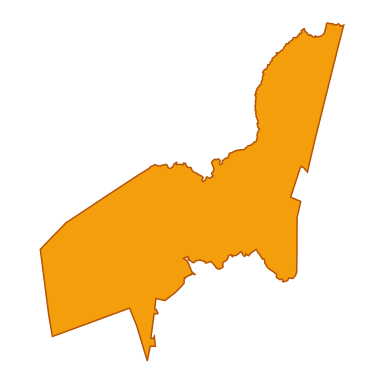 outline of Mainero, Tamaulipas, Mexico
{"feature_id": "50627088B20885387864604", "entity_name": "Mainero", "entity_type": "district", "adm_level": 2, "iso_a3": "MEX", "parent_name": "Mexico", "parent_adm1": "Tamaulipas", "projection": "equal_earth", "projection_center": [-99.511, 24.6], "detail": "fine", "context": "isolated", "style": "filled", "palette": "amber", "viewbox_px": 384, "rotation_deg": 0, "n_neighbors": 0, "source": "geoboundaries", "source_scale": "gbopen_adm2", "svg_char_len": 5943}
<svg xmlns="http://www.w3.org/2000/svg" viewBox="0 0 384 384"><path d="M40.3,249.4L48.7,314.7L52.4,336.5L129.6,308.1L136.8,326.0L147.3,361.0L150.2,346.3L155.4,346.3L154.3,336.3L153.1,338.6L152.0,338.3L150.8,338.4L153.5,318.7L154.0,313.6L155.5,313.9L156.7,313.5L157.4,313.9L157.7,313.7L157.8,312.6L156.0,309.4L154.7,309.6L155.9,298.5L164.9,300.6L175.2,292.6L180.5,287.3L184.1,283.1L184.1,280.2L184.5,278.8L184.4,278.2L184.7,277.9L185.6,278.0L185.9,277.2L186.8,276.6L187.7,276.4L188.4,275.7L189.3,275.3L190.3,275.2L191.4,274.5L191.4,274.2L192.2,273.5L192.8,274.0L193.4,273.8L194.6,274.6L195.0,274.5L191.8,271.7L188.2,262.9L187.0,260.8L185.8,259.7L183.5,258.6L184.4,257.7L186.2,257.2L186.9,257.4L187.7,256.6L188.6,257.8L188.2,259.3L188.5,259.7L189.0,259.1L189.5,260.3L191.0,261.0L192.5,262.4L193.6,262.7L194.7,262.2L196.1,260.3L197.9,260.7L199.6,259.9L204.8,261.6L205.2,262.8L206.4,263.0L211.2,261.4L211.6,262.2L212.5,263.0L214.4,265.3L216.3,267.9L218.4,269.1L220.2,268.8L222.4,267.6L223.2,266.4L222.5,263.4L224.5,261.4L225.7,261.0L226.4,260.0L227.2,259.8L227.8,258.6L228.4,255.9L229.5,255.1L231.4,254.6L232.0,256.5L232.6,256.7L232.8,255.7L236.2,255.5L237.2,254.4L238.2,254.3L239.1,253.0L240.1,252.3L241.5,251.7L242.8,254.7L244.1,256.2L244.9,256.3L245.6,255.3L246.0,253.9L247.2,255.0L248.7,255.7L250.2,253.8L252.9,251.6L256.0,249.5L256.6,249.4L256.9,249.9L257.1,251.1L257.8,252.5L258.9,253.6L261.9,258.3L262.5,259.0L263.7,258.7L264.5,260.1L264.7,262.7L265.1,263.7L265.9,264.5L266.6,266.1L268.4,268.4L269.6,269.4L273.5,271.8L274.7,273.0L276.3,273.7L276.4,274.4L276.4,277.2L277.0,277.9L277.8,278.2L279.9,279.7L280.7,279.5L281.9,279.0L282.5,279.4L282.6,281.4L283.5,281.9L284.6,281.4L285.8,281.2L287.7,280.4L288.6,278.1L293.0,278.4L295.7,275.3L295.8,274.0L296.7,272.6L297.0,246.3L297.0,229.9L297.1,217.4L300.7,201.4L290.7,197.2L300.1,168.2L301.1,166.3L303.4,167.6L304.1,168.2L307.4,172.1L314.8,140.4L338.4,45.8L343.7,25.2L343.3,25.4L342.9,25.4L342.1,25.9L341.0,25.6L340.9,25.9L340.6,26.1L340.2,25.8L339.3,24.3L338.8,23.9L337.6,24.1L336.6,24.8L335.7,24.7L334.5,25.0L333.8,24.8L333.2,23.9L332.2,23.7L331.6,23.9L331.0,23.6L330.0,23.6L329.5,23.3L328.6,23.5L327.5,23.0L327.0,23.1L326.3,24.2L326.2,25.4L326.2,26.7L325.7,27.5L325.7,28.6L325.0,29.7L325.0,30.6L325.2,30.8L325.2,31.2L324.5,32.4L324.2,33.1L323.4,34.3L321.8,35.6L320.5,36.1L319.8,36.7L319.4,36.7L318.9,36.5L317.6,36.8L315.2,35.9L315.0,36.1L315.1,36.9L315.0,37.3L314.3,37.5L313.1,37.0L312.6,36.7L311.4,35.4L310.5,34.8L310.1,34.8L309.4,35.5L308.9,35.4L307.9,34.2L307.0,32.9L306.1,32.2L305.5,31.4L304.7,30.8L304.5,29.0L304.3,28.7L303.8,28.7L303.6,28.8L302.9,29.9L301.6,30.2L301.3,30.5L301.3,31.0L301.6,32.4L301.6,33.0L301.4,33.3L301.2,33.5L299.9,33.3L299.5,33.4L299.3,33.8L299.2,34.7L299.1,35.2L297.7,35.8L297.3,36.6L296.9,37.3L296.2,37.6L293.3,37.7L293.1,38.1L292.9,39.1L292.6,39.6L288.9,42.4L288.2,43.8L287.7,44.0L286.8,43.6L286.3,43.7L285.9,44.3L285.3,45.8L284.1,47.1L283.7,48.0L282.6,50.2L281.0,50.7L279.8,52.0L278.8,52.7L276.9,52.7L276.4,53.0L276.3,53.3L276.4,53.5L277.2,53.6L277.2,54.2L276.2,55.3L275.2,56.1L274.3,57.0L272.9,57.8L272.3,58.4L272.1,58.7L272.0,59.2L272.2,59.9L272.2,60.5L270.6,61.5L270.3,62.2L270.0,63.8L269.8,64.3L269.5,64.7L269.0,64.8L268.3,64.5L268.0,64.6L267.7,65.0L267.5,66.7L266.7,68.7L265.9,68.9L265.1,69.5L264.3,69.8L263.3,71.4L262.9,72.1L262.8,73.0L263.1,73.5L263.8,73.9L263.9,74.4L263.2,75.4L262.5,76.8L262.4,77.4L262.5,79.2L262.4,79.7L261.3,81.5L261.4,82.6L261.2,83.5L260.6,84.4L259.8,85.0L259.2,86.2L257.4,88.1L256.9,89.2L256.9,90.3L256.2,91.0L255.8,92.0L255.8,92.8L256.0,93.6L255.9,94.6L255.7,94.7L255.4,94.2L255.1,94.4L255.1,95.3L255.9,96.9L256.0,97.6L255.5,101.1L255.3,102.0L255.7,103.0L255.7,103.4L255.0,106.3L255.5,108.1L255.2,109.3L255.3,110.7L255.4,110.9L256.0,111.2L256.1,111.4L255.7,113.8L256.3,115.2L256.1,116.6L257.0,118.2L257.1,119.0L257.4,119.4L257.9,120.9L258.0,122.8L258.2,123.1L258.2,123.3L257.9,123.5L257.4,123.1L257.2,123.3L257.2,123.9L257.5,125.4L257.8,126.7L258.3,127.3L258.4,128.0L258.7,128.5L259.3,128.9L259.5,129.2L259.4,129.6L258.4,130.9L257.6,132.6L257.0,135.4L257.4,137.6L256.4,140.1L256.3,141.3L256.1,141.6L255.0,142.1L254.1,142.0L253.3,143.5L252.4,143.8L251.5,144.9L247.8,146.0L246.0,147.9L245.2,148.3L244.5,149.3L243.9,149.7L242.9,149.9L241.8,149.6L238.7,150.2L236.6,150.3L235.5,150.8L235.0,151.2L233.8,151.4L233.3,151.9L232.0,152.6L229.7,153.2L229.1,153.8L228.9,155.3L228.7,156.1L228.0,157.1L227.7,157.7L227.2,158.1L226.2,158.0L225.8,158.1L224.1,159.3L223.7,160.0L222.5,160.5L222.3,160.9L222.4,162.9L222.3,163.2L220.7,164.7L220.2,164.6L219.8,164.2L219.5,163.7L219.5,163.4L220.1,161.4L220.1,160.8L219.7,159.9L219.0,159.3L218.4,159.0L217.5,159.0L216.8,159.5L216.2,159.6L215.6,159.5L214.8,159.2L214.1,159.6L212.1,161.5L211.6,162.4L211.8,163.5L213.3,166.9L214.0,169.3L213.8,170.4L213.2,171.1L212.5,172.6L211.9,172.8L211.6,173.5L211.6,173.8L211.9,174.4L213.2,175.6L213.2,176.1L211.5,177.0L210.1,178.0L209.7,178.1L208.5,177.9L207.4,177.0L206.6,177.0L206.4,177.2L206.1,177.8L205.8,179.2L205.4,180.0L204.5,180.5L203.2,181.6L202.9,181.6L202.5,181.3L201.8,180.3L202.1,179.6L203.1,178.0L203.1,177.7L202.8,177.1L201.3,175.9L199.6,175.0L198.4,174.6L197.4,173.8L197.0,173.3L195.6,173.0L192.4,171.0L192.0,170.4L191.8,169.4L191.0,167.7L190.0,167.4L188.0,167.5L187.6,167.3L187.2,166.8L186.8,166.0L186.0,165.2L185.7,164.2L185.6,163.4L185.4,163.2L184.7,163.7L183.8,163.1L183.5,163.1L183.1,163.6L183.0,164.3L182.8,164.8L182.3,165.0L181.9,165.0L181.2,164.5L180.4,164.4L177.6,164.4L176.5,164.7L176.2,164.3L176.1,163.9L176.3,163.2L176.8,162.5L176.7,162.3L174.2,163.8L173.6,165.0L173.3,166.1L172.9,166.5L171.3,168.0L170.1,168.4L169.2,168.3L168.5,167.9L168.0,167.1L167.4,165.7L166.7,164.7L166.1,164.4L164.7,164.6L163.3,165.2L162.0,165.1L160.4,166.1L159.5,166.0L156.9,165.4L154.6,164.6L152.7,166.1L151.2,166.4L150.5,166.7L149.2,168.3L137.5,175.6L106.1,196.2L68.8,221.0L66.5,222.3L49.7,239.5L40.3,249.4Z" fill="#f59e0b" stroke="#b45309" stroke-width="1.5"/></svg>